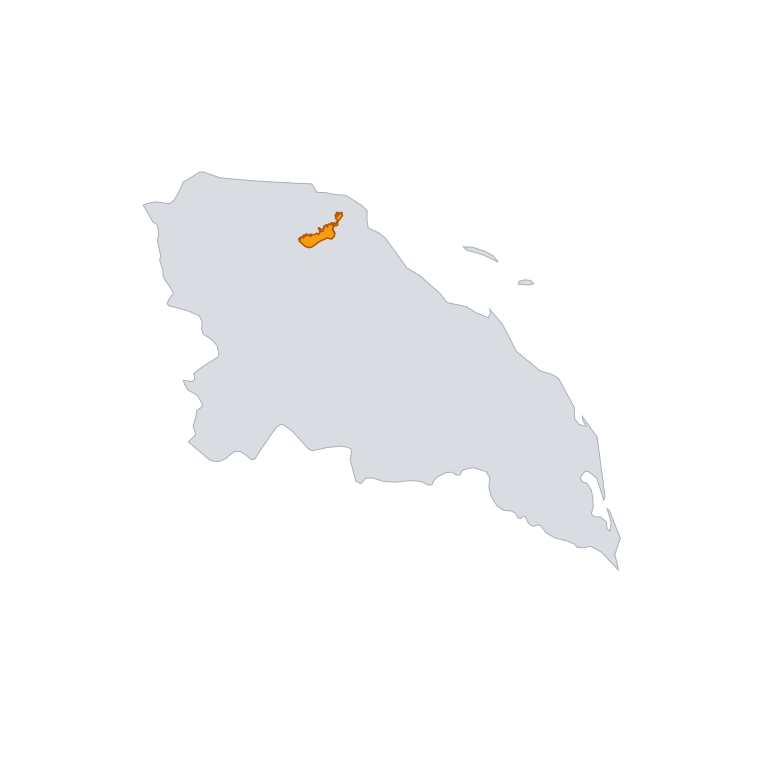 location of El Progreso, Yoro, Honduras, rotated 43°
{"feature_id": "27666195B1726460774022", "entity_name": "El Progreso", "entity_type": "district", "adm_level": 2, "iso_a3": "HND", "parent_name": "Honduras", "parent_adm1": "Yoro", "projection": "mercator", "projection_center": [-87.816, 15.474], "detail": "fine", "context": "in_parent", "style": "filled", "palette": "amber", "viewbox_px": 768, "rotation_deg": 43, "n_neighbors": 0, "source": "geoboundaries", "source_scale": "gbopen_adm2", "svg_char_len": 7561}
<svg xmlns="http://www.w3.org/2000/svg" viewBox="0 0 768 768"><g transform="rotate(43 384 384)"><path d="M682.2,360.2L657.5,358.7L645.8,361.8L640.7,368.7L636.3,371.8L632.6,371.1L625.2,373.8L614.0,380.0L603.9,382.3L594.9,380.8L592.3,382.3L591.6,384.3L590.2,386.3L586.7,387.3L582.7,386.8L578.2,384.6L575.9,385.5L575.6,389.5L573.2,390.6L568.6,388.7L563.4,390.2L557.6,394.9L549.6,396.0L539.1,393.2L531.1,388.0L525.4,380.4L518.5,378.4L506.5,384.1L501.5,390.8L500.4,394.8L501.6,398.5L499.4,401.0L493.8,402.2L489.6,406.7L486.7,414.5L486.1,420.5L487.9,424.8L485.1,427.9L477.8,429.9L469.2,436.6L459.3,448.0L449.4,456.0L439.6,460.5L434.8,465.5L435.2,471.1L434.6,472.8L432.7,473.4L429.5,474.2L410.6,462.2L405.1,453.8L400.4,455.1L394.5,459.3L386.1,468.8L377.1,481.6L372.8,483.0L350.3,481.1L338.5,482.2L336.0,483.9L334.9,488.6L335.6,494.9L338.9,517.4L340.7,526.7L338.9,529.6L332.9,530.0L325.0,531.3L320.7,535.6L319.7,539.9L319.3,546.0L316.8,552.3L312.0,556.9L307.2,558.5L280.5,559.7L280.9,549.3L273.2,545.1L268.8,536.4L265.0,530.5L266.2,527.0L265.9,522.8L255.0,519.6L244.8,522.1L238.9,520.5L234.6,518.2L242.0,513.1L242.6,509.9L240.2,507.7L237.7,506.2L238.5,500.3L240.0,493.4L244.1,477.3L242.6,474.5L235.8,469.7L227.1,469.2L217.6,470.7L213.0,468.2L209.0,462.7L202.2,460.0L190.2,464.5L177.5,471.1L173.6,473.6L170.4,473.2L168.9,468.2L168.3,462.3L167.5,460.9L160.7,458.8L152.8,457.3L148.7,455.6L144.9,451.6L135.4,446.4L133.3,442.6L120.6,433.7L118.1,429.4L115.2,426.2L109.1,422.1L104.3,423.1L88.2,418.0L85.8,417.5L88.0,413.1L93.1,406.2L104.1,398.6L105.1,392.4L102.2,380.5L99.3,372.8L100.8,369.4L104.3,355.5L106.9,352.3L122.9,345.3L124.4,344.3L137.0,334.5L151.0,323.6L165.5,311.6L181.7,298.1L190.7,290.3L194.8,286.8L204.2,289.6L211.5,283.3L215.8,281.1L225.7,273.5L228.8,271.8L245.4,268.7L253.5,268.8L260.5,276.5L266.1,280.7L276.6,277.1L285.4,276.3L321.8,283.5L336.2,280.3L362.8,279.6L374.7,281.4L391.6,271.2L402.4,269.2L415.1,264.4L413.4,259.5L410.4,257.3L429.8,259.5L458.6,269.8L489.4,267.9L500.5,262.4L507.6,260.8L539.1,271.4L547.4,279.6L553.9,280.4L558.9,278.5L560.3,276.8L554.1,275.0L551.3,272.5L576.1,277.5L622.8,316.0L623.8,319.1L603.8,307.7L593.3,308.6L590.5,310.5L591.1,316.7L592.1,319.6L596.6,319.9L600.0,318.2L608.2,320.3L613.7,324.4L620.3,330.7L624.3,337.6L628.5,337.7L632.7,333.6L640.7,333.1L645.8,337.7L649.5,337.4L644.4,330.2L632.4,323.1L635.2,322.8L661.9,335.6L669.4,351.7L675.7,355.3L682.2,360.2ZM368.6,221.9L353.2,229.7L348.4,229.6L355.5,223.5L366.9,218.3L376.5,215.8L384.4,216.9L368.6,221.9ZM421.4,213.6L414.1,219.4L412.7,216.8L416.3,211.4L420.7,208.3L425.0,208.6L423.9,210.9L421.4,213.6Z" fill="#d9dde1" stroke="#a8b0b8" stroke-width="1"/><path d="M238.3,288.6L238.1,288.7L237.8,288.8L237.7,288.8L237.4,288.7L237.2,288.5L237.0,287.9L236.9,287.7L236.6,287.4L236.4,287.3L236.2,287.3L235.9,287.4L235.7,287.7L235.6,288.0L235.7,288.6L235.7,288.8L235.6,289.0L235.0,289.4L233.7,289.7L233.4,289.9L233.1,290.1L232.5,290.7L232.3,290.9L232.3,291.1L232.7,290.9L233.0,290.9L233.2,291.0L233.5,291.2L234.0,291.3L234.4,291.1L234.6,291.0L234.8,290.8L235.0,290.6L235.3,290.6L235.5,291.0L235.5,291.5L235.4,291.6L235.2,291.6L234.8,291.4L234.7,291.4L234.2,291.4L234.1,291.5L233.8,291.6L233.6,292.0L233.4,292.5L233.2,292.9L233.1,293.3L233.1,293.6L233.2,293.8L233.5,294.0L233.9,294.2L234.0,294.4L234.3,294.4L234.5,294.2L234.8,293.5L234.9,293.3L235.0,293.3L235.1,293.2L235.3,293.2L235.4,293.3L235.5,293.4L235.5,293.6L235.5,293.8L235.4,294.0L235.0,294.4L234.9,294.9L235.0,295.1L235.1,295.3L235.5,295.7L235.8,295.9L236.2,296.0L236.5,296.0L236.8,295.9L237.3,295.8L237.6,295.7L238.1,295.7L238.5,295.8L238.9,296.3L238.9,296.5L238.8,296.8L238.5,297.5L238.5,297.8L238.7,298.1L239.2,298.4L239.4,298.6L239.5,298.9L239.5,299.1L239.4,299.4L239.4,299.6L239.3,299.8L239.4,300.4L239.3,300.5L239.1,300.5L238.5,300.1L238.3,300.0L238.1,300.0L237.9,300.0L237.7,300.1L237.5,300.4L237.5,300.6L237.6,300.9L237.8,301.2L238.0,301.8L238.3,302.1L238.7,302.5L238.4,303.0L238.1,303.1L237.9,303.0L237.8,302.8L237.6,302.4L237.4,302.1L237.2,301.9L236.5,301.6L236.2,301.5L235.7,301.7L235.6,301.8L235.5,302.1L235.5,302.3L235.6,302.6L235.9,303.1L236.1,303.3L236.1,303.6L236.1,303.9L235.9,304.1L235.7,304.2L235.0,304.3L234.7,304.4L234.5,304.6L234.4,304.8L234.4,305.5L234.6,306.2L234.7,306.4L234.8,306.5L235.3,306.9L235.4,307.1L235.5,307.2L235.5,307.4L235.5,307.6L235.4,307.7L235.2,307.8L234.9,307.8L234.7,307.7L234.1,307.0L233.9,306.8L233.5,306.7L233.2,306.8L232.9,307.0L233.1,307.5L233.3,307.8L233.4,308.1L233.3,308.4L233.2,308.5L232.6,309.0L232.4,309.4L232.4,309.8L232.6,310.0L232.8,310.1L233.2,310.2L233.4,310.3L233.6,310.4L233.8,310.6L233.8,310.8L233.7,311.1L233.3,311.8L233.3,312.0L233.4,312.3L233.5,312.4L234.2,312.5L234.5,312.6L234.8,312.7L235.0,312.9L235.2,313.1L235.3,313.6L235.2,313.9L235.0,314.2L234.6,314.6L234.4,314.7L234.3,314.9L234.2,315.2L233.9,315.7L233.7,315.8L233.4,315.9L233.2,315.8L233.1,315.7L233.0,315.1L233.1,314.7L233.0,314.2L232.9,314.0L232.7,313.8L232.4,313.8L231.9,313.8L231.5,313.9L230.4,313.9L230.2,313.9L230.0,314.0L229.9,314.1L229.7,314.5L229.8,314.8L230.0,314.9L230.1,315.0L230.4,315.1L231.1,315.3L231.8,315.6L232.6,316.1L233.0,316.2L233.3,316.3L233.5,316.5L233.7,316.8L233.8,317.3L233.9,317.7L234.1,318.4L234.2,318.8L234.2,319.1L234.1,319.3L234.0,319.5L233.8,319.6L233.6,319.6L233.2,319.6L232.4,319.3L232.2,319.4L232.1,319.5L232.2,319.9L232.2,320.0L231.6,321.0L231.4,321.8L231.3,322.0L231.2,322.2L230.0,323.4L229.5,323.7L229.2,323.9L229.0,324.0L228.5,324.3L228.4,324.5L228.3,324.9L228.5,325.1L228.9,325.2L229.5,325.2L229.7,325.3L229.8,325.3L229.8,325.5L229.8,325.9L229.6,326.1L229.3,326.2L229.0,326.2L228.7,326.0L228.4,325.7L228.0,325.2L227.9,325.2L227.6,325.3L227.5,325.5L227.5,325.8L227.6,326.2L227.5,326.3L227.5,326.6L227.3,327.0L227.0,327.3L226.8,327.4L226.7,327.4L226.3,327.2L225.5,327.1L225.2,327.1L224.9,327.2L224.7,327.3L224.6,327.5L224.7,327.8L224.8,328.1L225.0,328.3L225.3,328.5L225.6,328.5L225.8,328.7L225.8,328.9L225.9,329.0L225.7,329.3L225.3,329.4L225.1,329.2L224.9,329.2L224.5,329.2L224.2,329.3L224.0,329.5L223.8,329.8L223.7,330.0L223.6,330.3L223.8,330.5L224.0,330.6L224.4,330.7L224.8,330.6L225.0,330.7L225.1,330.8L225.3,331.0L225.3,331.3L225.3,331.9L225.2,332.2L225.1,332.3L224.5,332.4L224.3,332.5L224.1,332.4L223.4,332.2L223.2,332.3L223.2,332.5L223.3,332.9L223.3,333.2L223.3,333.6L223.1,333.8L222.7,334.2L222.7,334.3L222.7,334.6L222.8,334.8L222.8,335.0L222.8,335.5L222.8,335.8L222.8,336.1L223.1,336.1L223.5,335.7L223.9,335.2L224.0,335.2L224.3,335.2L224.3,335.3L224.4,335.7L224.0,336.2L223.9,336.4L223.9,336.5L224.0,336.7L224.3,336.8L224.5,337.0L224.6,337.3L232.4,337.1L235.4,335.9L235.5,335.8L236.7,334.8L237.9,332.8L238.8,328.5L239.2,326.3L239.2,325.4L240.8,320.6L241.0,320.3L241.2,320.0L241.5,319.5L241.8,318.8L242.1,318.2L242.2,317.6L242.3,317.0L242.3,316.8L242.5,316.2L246.8,313.8L247.0,311.9L246.9,311.5L247.0,311.1L246.9,310.8L247.0,310.4L246.9,309.9L245.2,307.3L244.9,307.3L245.0,307.1L244.9,307.1L244.5,307.0L244.4,307.0L244.4,306.9L244.1,306.7L244.1,306.8L243.9,306.8L243.7,306.9L243.4,306.8L242.8,306.6L242.4,306.4L242.2,306.5L242.1,306.4L241.9,306.3L241.8,306.2L241.6,306.2L241.3,306.1L241.1,306.1L240.9,306.0L240.9,305.9L240.8,305.6L241.1,305.1L240.8,304.8L240.2,304.3L240.0,304.2L239.8,304.2L239.5,303.8L239.4,303.5L239.8,303.1L240.0,303.0L240.1,302.8L240.2,302.4L240.3,302.2L240.4,301.9L240.6,301.4L240.8,301.2L241.2,300.9L241.3,300.4L241.5,299.6L241.6,299.1L241.5,298.9L241.1,298.6L240.9,298.4L240.3,298.5L240.2,298.1L239.8,297.7L239.8,297.4L239.2,293.0L238.7,289.2L238.6,288.9L238.3,288.6Z" fill="#f59e0b" stroke="#b45309" stroke-width="1.5"/></g></svg>